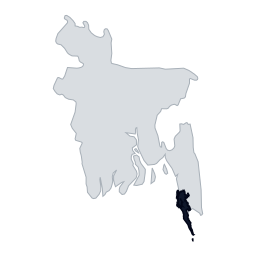 location of Cox's Bazar, Chittagong, Bangladesh
{"feature_id": "16705992B34517682786426", "entity_name": "Cox's Bazar", "entity_type": "district", "adm_level": 2, "iso_a3": "BGD", "parent_name": "Bangladesh", "parent_adm1": "Chittagong", "projection": "robinson", "projection_center": [92.099, 21.257], "detail": "fine", "context": "in_parent", "style": "filled", "palette": "ink", "viewbox_px": 256, "rotation_deg": 0, "n_neighbors": 0, "source": "geoboundaries", "source_scale": "gbopen_adm2", "svg_char_len": 8943}
<svg xmlns="http://www.w3.org/2000/svg" viewBox="0 0 256 256"><path d="M86.1,184.0L86.1,177.2L82.0,163.7L82.2,162.3L81.3,155.8L80.3,152.2L79.8,148.4L82.3,142.9L81.3,142.0L75.7,140.3L75.1,138.9L76.3,133.4L72.3,128.3L70.7,124.5L75.1,112.1L76.2,103.5L75.9,101.9L73.3,99.9L68.6,99.2L65.3,97.6L63.4,95.1L61.8,94.2L59.8,94.9L57.2,93.9L55.1,91.5L53.3,88.6L54.0,85.4L57.5,77.8L58.7,77.5L61.7,79.0L62.8,79.0L64.7,76.0L67.5,67.5L76.9,68.2L79.1,67.9L81.5,67.2L82.8,66.2L83.5,64.8L83.3,63.6L80.4,62.0L79.3,60.8L78.5,57.4L77.7,56.1L72.0,55.9L69.1,54.3L67.5,52.9L64.6,48.3L61.1,44.8L57.7,44.0L56.4,42.9L55.7,41.1L56.1,38.5L57.9,33.6L67.3,23.0L67.6,21.8L67.2,20.4L64.5,18.7L64.3,17.9L65.1,15.6L66.7,15.4L69.9,17.4L73.1,20.7L75.1,23.6L75.1,25.9L77.7,26.4L79.8,27.4L82.0,27.1L83.4,27.6L84.4,27.4L84.8,26.1L82.9,22.8L83.8,21.4L86.0,21.4L87.5,22.7L88.6,25.3L88.8,29.3L91.3,32.9L94.6,35.5L97.2,36.7L100.3,37.5L103.0,36.7L104.4,34.2L103.8,31.9L104.2,29.9L105.3,28.8L107.0,28.8L108.2,30.4L111.8,39.1L111.1,42.9L111.8,53.5L110.9,60.4L111.4,63.1L112.0,63.5L117.6,64.8L125.5,67.6L131.6,68.6L159.3,67.9L165.3,69.2L183.7,68.2L188.8,70.4L194.2,74.0L197.3,76.7L197.8,78.2L197.5,79.5L196.5,80.2L194.6,80.2L190.3,78.5L189.5,79.0L189.5,83.2L185.9,93.6L185.4,96.9L184.2,98.1L180.6,98.8L178.1,104.9L177.1,105.6L174.7,104.3L173.3,104.5L171.4,105.1L169.5,106.5L168.2,108.2L166.8,108.8L161.6,108.7L160.6,111.5L157.2,115.2L154.9,125.0L155.0,128.0L157.9,135.8L159.9,146.0L160.6,147.0L161.6,147.1L161.7,142.4L162.6,141.8L163.8,142.4L166.2,148.6L167.6,150.2L169.8,150.7L172.2,149.7L174.0,147.9L174.8,145.9L174.1,139.1L175.3,136.3L179.5,132.1L180.1,130.9L179.8,124.0L181.4,123.8L183.6,124.4L186.2,122.7L187.1,122.7L188.2,124.4L190.1,124.1L193.0,137.7L193.2,147.3L193.9,152.6L194.9,153.8L198.1,161.7L201.1,189.8L201.5,207.6L202.7,213.7L201.7,215.0L200.6,215.3L199.7,213.2L192.9,208.7L191.2,209.1L188.9,211.7L188.0,214.2L188.4,217.6L189.1,221.0L190.7,222.9L190.9,225.0L192.7,233.1L192.2,233.1L188.5,225.8L183.9,218.6L182.5,205.8L182.4,199.4L179.3,192.0L176.4,178.9L177.7,174.4L175.5,176.3L172.1,168.5L166.8,160.9L165.3,157.5L165.2,154.2L162.9,157.5L159.8,159.9L156.6,163.4L154.5,164.4L147.8,165.1L144.0,160.4L138.5,148.9L137.7,146.3L138.5,139.6L137.2,133.2L136.8,127.6L135.8,128.1L135.4,129.7L135.6,132.0L135.2,134.0L125.9,132.7L129.9,136.1L134.1,136.8L136.4,139.9L136.5,144.8L132.3,147.9L132.6,150.4L135.1,153.5L132.1,154.3L131.3,156.4L131.2,159.2L133.3,163.6L132.9,165.4L136.4,171.1L137.1,173.9L136.2,177.8L128.6,185.7L126.4,191.3L124.5,194.0L122.1,194.5L119.3,191.8L119.3,189.1L119.9,186.9L123.8,181.7L121.7,182.4L115.5,186.7L114.3,183.2L113.6,179.9L113.6,175.9L116.6,170.0L113.2,173.0L112.3,176.7L112.7,181.0L112.2,184.1L110.9,188.2L109.1,190.6L106.2,192.2L104.9,194.6L102.9,196.3L102.3,188.2L100.2,177.2L99.8,179.5L100.8,186.4L100.7,190.8L99.1,194.3L95.9,198.1L93.5,198.6L92.0,198.0L87.5,192.3L87.1,187.0L86.1,184.0ZM142.3,184.2L136.7,185.5L133.8,185.1L139.2,175.2L139.0,170.8L138.2,167.2L135.4,164.3L135.3,162.2L134.1,159.4L133.5,156.1L136.5,155.0L139.0,156.9L139.8,160.7L141.0,163.5L145.3,169.3L145.2,172.8L144.0,181.5L142.3,184.2ZM154.5,181.0L151.0,183.6L152.2,168.0L154.7,173.8L155.4,176.9L154.5,181.0ZM167.7,173.2L166.2,174.3L164.8,173.3L163.0,169.6L163.9,165.0L164.4,164.3L166.6,169.1L167.7,173.2ZM180.5,206.1L178.5,206.3L177.5,205.1L178.0,203.6L177.5,198.5L180.0,198.0L180.9,202.3L180.5,206.1ZM178.3,191.9L176.8,197.0L176.2,194.7L177.3,190.3L178.3,191.9ZM138.0,151.3L138.6,152.9L135.4,150.8L134.6,149.3L136.0,148.6L138.0,151.3Z" fill="#d9dde1" stroke="#a8b0b8" stroke-width="1"/><path d="M184.1,191.2L184.0,190.4L183.8,190.5L183.4,190.4L183.5,190.8L183.3,190.9L183.3,191.2L183.2,191.1L182.5,191.2L182.4,191.1L182.1,191.0L181.7,191.3L181.2,191.2L181.1,191.4L181.0,191.6L181.0,191.9L180.8,191.9L180.8,191.7L180.7,191.6L180.5,191.9L180.3,191.9L180.1,192.2L179.8,192.1L179.6,192.2L179.7,192.8L179.4,192.9L179.3,193.6L179.1,194.5L178.4,196.3L177.9,198.1L177.5,198.9L177.5,199.1L177.4,199.5L177.5,200.0L177.7,200.3L178.1,200.8L178.3,200.8L178.5,200.8L178.5,200.6L178.1,199.8L178.2,199.4L178.4,199.1L179.0,198.9L178.3,199.2L178.2,199.5L178.2,199.9L178.6,200.5L178.6,200.9L178.4,201.4L178.4,201.6L178.2,201.7L178.0,201.8L177.8,202.1L177.9,202.4L177.7,202.8L177.8,202.9L178.1,202.5L178.3,202.0L178.2,202.7L178.3,202.7L178.3,202.8L178.0,203.0L177.9,203.2L177.9,203.5L178.0,203.6L177.6,203.6L177.5,203.9L177.7,204.2L177.9,204.1L177.9,204.3L178.5,204.7L178.3,204.7L178.4,204.9L178.0,204.8L177.6,204.8L177.2,205.2L177.4,205.4L177.7,205.6L177.3,205.5L177.6,206.2L177.8,206.2L177.8,206.3L178.6,207.1L179.2,207.4L179.3,207.2L179.2,207.5L179.3,207.5L179.7,207.0L179.9,207.1L180.1,206.8L179.5,206.8L179.0,206.3L179.6,206.7L180.1,206.7L180.1,206.3L180.6,206.3L181.4,206.0L181.5,204.7L181.6,202.8L181.8,202.0L181.8,202.5L181.9,202.4L181.9,202.1L181.6,201.0L180.8,200.0L180.4,198.5L180.4,198.3L180.9,200.0L181.4,200.5L181.9,201.4L182.0,201.4L182.4,202.1L182.4,202.4L182.4,202.6L182.6,202.6L182.7,202.4L182.5,201.8L182.8,202.4L182.7,202.6L182.2,202.9L181.9,203.7L182.1,205.7L182.3,205.7L182.4,205.9L182.4,206.4L182.6,206.3L182.8,206.5L182.3,206.4L182.4,206.1L182.2,205.8L181.4,207.4L181.3,207.6L181.1,208.0L181.1,207.8L181.2,207.5L181.1,207.3L180.6,207.6L180.4,207.9L180.7,208.6L181.6,209.5L181.7,209.9L182.7,211.3L183.2,212.8L183.3,213.4L183.5,213.5L183.4,213.6L183.7,214.4L183.5,216.4L183.7,217.6L183.6,218.3L184.0,219.2L187.9,224.4L188.2,225.0L188.7,226.8L189.4,228.5L190.2,229.8L191.1,231.2L192.1,233.7L192.4,234.3L192.9,234.8L193.3,235.0L193.5,235.0L193.6,234.9L193.4,234.9L193.2,234.8L193.3,234.6L193.3,234.3L193.1,234.2L193.0,233.1L192.6,232.0L192.4,230.9L192.0,229.6L191.9,229.4L191.3,228.8L190.9,228.3L190.6,227.0L190.7,226.0L190.5,225.5L190.5,224.8L190.3,224.3L190.5,223.3L190.7,223.1L190.8,222.9L190.5,222.3L189.7,221.6L189.4,220.7L189.2,220.6L188.9,220.7L188.6,220.5L188.6,220.0L188.7,219.6L188.6,219.1L188.4,219.1L188.0,219.2L187.8,219.2L187.7,218.4L187.9,218.3L187.7,218.1L187.8,217.7L187.7,217.7L187.7,217.4L187.6,217.1L187.5,216.9L187.7,216.6L188.0,216.4L188.0,215.7L188.3,215.4L188.3,215.2L188.0,215.1L188.0,214.8L187.8,214.6L187.7,214.3L187.7,214.0L187.3,213.4L187.2,213.1L187.0,212.3L186.8,212.0L186.7,211.4L186.4,210.9L186.3,210.3L186.2,210.1L186.6,210.0L186.8,210.2L186.9,209.9L187.2,209.7L187.2,209.2L187.5,209.0L187.9,209.0L188.1,209.2L188.5,209.9L188.6,210.0L188.7,210.5L189.1,210.3L189.3,210.1L189.8,210.2L190.2,210.0L190.2,209.8L189.9,209.6L190.0,209.2L189.7,209.0L189.7,208.6L189.6,208.4L189.8,208.4L189.8,208.1L190.0,208.2L189.9,208.0L189.9,207.9L189.9,207.6L189.9,207.3L189.7,207.2L189.4,207.0L189.4,206.6L189.2,206.4L189.2,206.2L188.9,206.2L188.7,206.3L188.7,205.9L188.4,205.8L188.3,206.0L188.2,206.0L188.2,206.3L188.1,206.1L188.1,205.9L187.8,206.1L187.6,205.8L187.7,205.6L187.3,205.1L187.3,204.8L187.5,204.5L187.9,204.3L188.1,203.8L187.9,203.7L187.7,203.2L187.7,202.9L187.8,202.6L187.6,202.4L187.4,202.4L187.3,202.6L186.9,202.8L186.9,202.6L186.7,202.6L186.8,202.3L186.7,201.9L186.3,201.7L186.2,201.4L185.8,201.3L185.6,201.1L185.3,201.0L185.8,200.7L185.4,200.4L185.6,200.3L185.6,200.1L185.8,200.1L185.6,199.8L185.4,199.9L185.5,199.8L185.4,199.4L185.1,199.3L185.5,199.0L185.4,198.8L185.5,198.7L185.8,198.6L185.8,198.4L185.6,198.1L185.9,198.2L186.0,198.2L185.9,197.8L185.7,197.7L185.8,197.6L186.1,197.6L185.9,197.3L186.6,197.5L186.9,197.5L187.3,197.6L187.4,197.4L187.2,197.1L187.4,196.5L187.4,196.2L187.5,196.1L187.6,195.9L187.8,195.7L188.0,195.5L188.0,195.9L188.3,196.1L188.4,195.6L188.6,195.6L188.8,195.7L189.0,195.6L188.7,194.9L188.8,194.6L188.5,194.1L188.3,194.2L188.3,194.3L188.2,194.4L188.1,194.0L187.9,193.8L188.1,193.9L188.1,193.6L188.0,193.3L187.6,193.4L187.6,193.5L187.7,193.9L188.0,194.3L188.0,194.9L188.1,195.0L188.3,196.0L188.1,195.9L188.0,195.5L187.9,195.4L187.8,195.5L187.5,195.9L187.5,196.0L187.2,195.8L187.0,196.0L186.8,195.9L186.4,195.1L186.1,195.3L185.7,195.3L185.5,195.1L185.5,194.8L185.3,194.8L184.7,194.7L184.6,194.4L184.7,194.2L184.8,193.9L185.0,193.6L184.8,192.9L184.9,192.7L184.8,192.3L184.8,192.2L184.7,192.2L184.7,191.7L184.4,191.5L184.4,191.2L184.1,191.2ZM177.9,190.5L177.7,190.6L177.4,191.0L177.1,191.3L177.1,192.1L176.9,192.9L177.3,194.0L177.0,194.9L177.1,196.0L176.7,196.6L176.6,197.2L176.6,198.0L177.1,197.9L177.1,197.3L177.2,197.2L178.1,194.3L178.7,192.8L178.7,191.9L178.6,191.5L178.2,190.5L177.9,190.5ZM177.5,203.2L177.7,201.8L177.1,202.2L177.2,202.7L177.3,202.7L177.2,203.3L177.5,203.2ZM192.8,239.0L192.5,239.0L192.4,239.2L192.7,239.6L192.8,240.2L192.7,240.3L192.7,240.5L192.8,240.6L192.9,240.2L192.8,239.6L192.8,239.0ZM191.5,228.8L191.2,228.2L191.1,228.3L191.5,228.8ZM182.3,202.6L182.4,202.2L182.1,201.7L182.3,202.6ZM181.9,202.8L182.1,202.6L182.0,202.3L181.8,202.6L181.9,202.8ZM176.9,205.3L177.0,204.9L176.9,204.9L176.8,205.1L176.9,205.3ZM190.8,225.9L190.8,225.7L190.7,225.5L190.8,225.9ZM181.2,206.3L181.2,206.2L181.0,206.3L181.2,206.3ZM177.3,205.5L177.2,205.4L177.3,205.5Z" fill="#0f172a" stroke="#020617" stroke-width="1.5"/></svg>